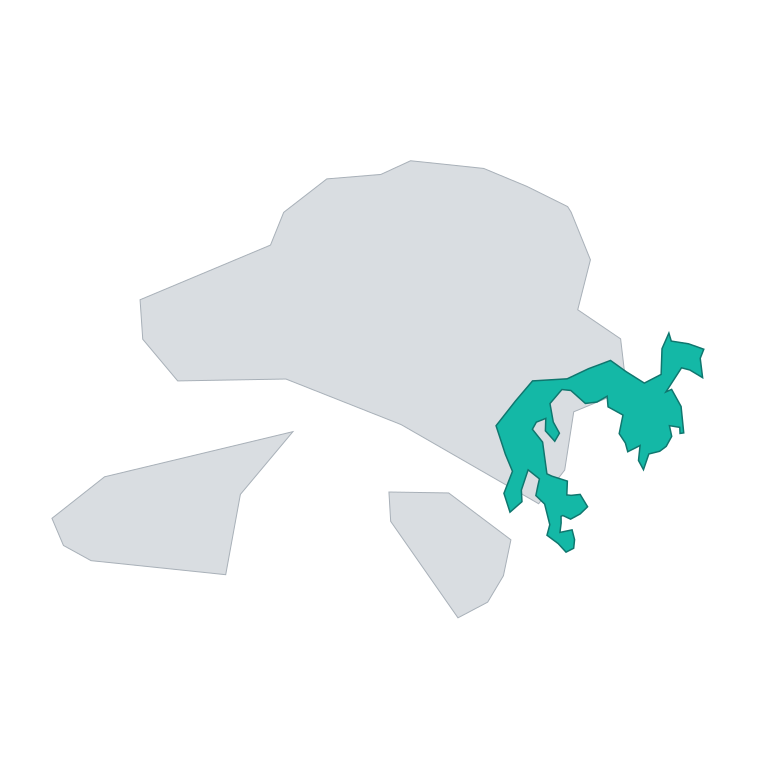 Hong Kong S.A.R., with Sai Kung highlighted, rotated 6°
{"feature_id": "HKG-5162", "entity_name": "Sai Kung", "entity_type": "state/province", "adm_level": 1, "iso_a3": "HKG", "parent_name": "Hong Kong S.A.R.", "parent_adm1": "", "projection": "mercator", "projection_center": [114.312, 22.352], "detail": "fine", "context": "in_parent", "style": "filled", "palette": "teal", "viewbox_px": 768, "rotation_deg": 6, "n_neighbors": 0, "source": "natural_earth", "source_scale": "10m", "svg_char_len": 1695}
<svg xmlns="http://www.w3.org/2000/svg" viewBox="0 0 768 768"><g transform="rotate(6 384 384)"><path d="M266.3,223.8L269.5,220.7L305.7,186.0L359.0,175.9L387.1,159.2L460.6,159.2L505.6,172.6L548.1,188.4L552.1,193.5L576.3,238.9L568.9,289.9L614.6,314.4L625.9,364.5L575.6,391.8L572.7,450.7L550.3,486.9L405.3,422.6L285.9,389.3L178.5,402.5L139.4,364.7L132.6,325.7L256.6,257.7L266.3,223.8ZM246.5,590.2L111.1,590.3L82.1,578.1L67.8,552.3L115.8,505.5L298.4,440.9L252.7,508.8L246.5,590.2ZM509.9,590.1L482.0,608.8L405.0,519.9L400.2,490.9L459.7,485.6L526.5,525.7L522.8,562.2L509.9,590.1Z" fill="#d9dde1" stroke="#a8b0b8" stroke-width="1"/><path d="M662.0,303.6L665.2,311.3L682.7,312.2L698.4,316.0L695.8,325.4L700.2,344.4L686.7,338.1L678.2,336.8L665.2,362.4L670.6,359.3L681.8,375.3L687.2,401.3L683.6,402.2L682.7,396.2L672.2,395.6L675.6,406.0L671.2,416.5L665.2,422.1L654.7,425.9L651.0,442.1L645.1,433.5L645.1,418.4L633.5,425.9L630.2,417.4L623.1,408.8L624.9,389.9L609.2,383.3L607.2,372.8L597.6,379.7L586.3,382.3L570.5,370.9L561.5,370.9L551.1,386.1L556.3,404.1L563.6,414.6L559.8,423.1L549.4,413.7L548.5,401.3L539.5,406.0L536.3,413.5L547.8,425.2L555.4,456.3L560.6,458.1L576.5,461.4L577.4,475.2L581.8,475.2L590.6,473.3L599.3,484.8L592.7,492.7L583.7,498.9L575.6,496.1L573.9,497.1L574.7,503.7L574.5,513.2L586.3,509.4L589.8,518.9L589.8,527.5L582.6,532.2L573.9,524.5L561.9,517.4L563.6,506.6L556.3,486.6L546.7,479.1L547.6,469.6L548.5,462.1L536.3,454.3L531.7,475.2L533.5,486.6L522.7,498.3L514.7,480.2L520.9,457.4L512.1,441.3L499.8,413.8L516.5,387.2L531.4,365.4L565.6,359.7L585.8,347.4L606.8,336.9L623.5,346.4L642.8,355.9L658.6,345.5L656.8,319.8L662.0,303.6Z" fill="#14b8a6" stroke="#0f766e" stroke-width="1.5"/></g></svg>